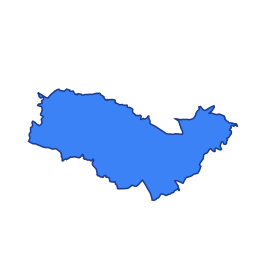 Marovoay, Boeny, Madagascar, rotated 208°
{"feature_id": "10022922B7387017022835", "entity_name": "Marovoay", "entity_type": "district", "adm_level": 2, "iso_a3": "MDG", "parent_name": "Madagascar", "parent_adm1": "Boeny", "projection": "orthographic", "projection_center": [46.607, -16.229], "detail": "fine", "context": "isolated", "style": "filled", "palette": "blue", "viewbox_px": 256, "rotation_deg": 208, "n_neighbors": 0, "source": "geoboundaries", "source_scale": "gbopen_adm2", "svg_char_len": 5747}
<svg xmlns="http://www.w3.org/2000/svg" viewBox="0 0 256 256"><g transform="rotate(208 128 128)"><path d="M223.7,117.0L223.7,116.3L223.5,116.1L222.1,115.5L221.9,114.7L221.3,114.1L219.6,113.5L219.0,113.5L218.3,114.9L217.9,115.2L217.2,115.1L216.4,114.3L216.1,113.5L216.6,112.3L217.0,111.9L217.0,111.1L215.8,110.1L215.5,109.5L216.9,108.0L217.9,107.4L218.4,106.3L218.2,105.5L216.3,105.8L214.8,106.3L213.8,105.7L212.6,104.5L211.9,102.0L211.6,98.8L211.4,98.5L211.2,98.4L208.2,98.2L208.2,97.5L208.7,95.6L208.5,94.6L206.5,92.6L206.4,91.2L206.6,90.2L207.1,88.7L207.5,88.3L208.9,88.6L209.6,88.4L212.7,89.3L215.2,89.4L215.4,88.8L215.2,87.7L213.3,85.2L213.3,84.1L214.1,83.0L214.1,82.3L213.3,81.0L212.8,79.9L212.0,78.7L212.4,77.2L212.3,76.2L211.5,74.7L210.3,73.8L209.8,73.2L209.6,70.6L209.4,70.4L209.5,69.6L208.6,69.4L204.3,69.5L203.0,70.3L201.6,70.6L198.3,70.9L196.9,71.2L196.2,71.1L193.3,71.5L191.4,72.1L189.5,73.2L187.9,73.6L185.1,73.8L182.9,75.1L182.2,75.8L181.5,75.9L177.0,75.2L175.7,74.7L175.3,74.1L174.8,73.9L173.7,72.3L173.7,71.8L172.6,70.8L171.8,70.4L171.5,69.4L171.0,68.9L170.9,68.4L170.5,68.1L169.7,68.9L169.7,69.7L169.3,70.5L168.9,70.7L168.4,71.5L167.5,71.3L167.3,72.0L166.5,72.6L166.4,72.8L166.6,73.1L165.9,73.7L165.4,74.8L165.3,75.4L164.6,75.5L163.5,76.1L161.5,77.7L160.7,77.7L159.9,78.1L157.8,78.5L157.1,78.9L156.4,79.8L155.9,82.2L155.8,83.0L155.5,83.4L155.1,83.2L154.5,82.6L154.2,81.7L153.3,81.6L153.1,81.4L153.0,80.4L151.7,80.0L150.2,80.9L149.8,80.6L148.7,80.7L147.4,81.4L146.9,81.8L145.8,81.4L145.2,81.9L144.7,82.0L144.5,83.6L144.1,84.1L143.0,83.0L142.9,82.6L143.2,80.9L142.5,79.3L141.4,78.5L137.1,77.0L135.2,75.2L134.3,73.9L133.7,73.6L133.7,72.5L133.0,72.0L132.1,71.7L130.9,72.3L130.5,72.0L130.1,72.1L129.4,71.9L127.1,72.7L126.7,73.1L126.8,74.1L126.3,74.9L125.4,75.5L124.8,74.6L124.3,74.3L122.4,75.0L121.3,75.1L118.8,72.3L115.9,73.2L114.7,73.9L114.1,74.5L113.6,73.7L113.2,73.4L113.0,72.9L112.2,72.5L111.2,72.3L110.5,71.9L110.0,71.0L109.4,70.5L109.0,69.8L108.7,69.6L108.3,69.6L101.8,73.3L100.1,74.5L99.2,75.5L98.8,76.7L98.2,77.6L97.6,79.4L94.5,79.9L93.2,80.6L92.2,82.9L90.8,88.8L85.2,85.7L83.7,84.6L78.3,81.3L76.7,80.0L75.3,78.6L74.0,77.2L72.8,75.6L71.9,76.2L71.0,76.5L70.4,77.1L69.7,78.4L69.6,79.0L68.9,80.2L68.3,80.8L68.0,82.3L68.1,83.9L68.0,84.7L67.5,85.3L66.8,85.8L65.4,86.1L62.8,86.2L60.9,88.5L59.8,89.5L59.1,90.9L57.8,92.2L57.5,92.8L57.5,94.3L55.9,96.7L55.8,97.7L55.1,97.6L54.0,96.8L53.6,96.7L53.5,96.9L53.5,97.3L53.7,97.6L55.0,98.5L56.5,100.4L59.7,102.1L61.8,103.4L61.0,104.0L59.9,104.5L53.5,105.0L53.5,108.9L53.4,111.2L53.1,111.8L50.3,114.5L49.2,115.9L48.8,116.8L48.7,117.3L48.2,118.1L45.2,120.8L45.0,123.8L45.2,125.7L45.5,126.9L45.6,128.3L46.1,128.6L47.1,128.6L47.7,129.5L47.8,131.3L47.1,136.1L48.5,139.8L48.5,140.4L48.1,141.2L46.4,143.3L46.0,147.2L45.8,148.2L45.5,148.5L44.6,148.4L42.5,147.6L40.6,147.7L40.2,148.4L41.3,150.2L41.2,150.9L41.0,151.3L40.3,151.7L39.6,151.6L37.0,151.8L36.0,152.2L35.5,152.7L35.5,153.2L35.7,153.4L37.8,154.9L38.3,155.6L38.5,157.6L38.9,159.2L38.6,160.0L37.7,160.2L37.1,159.9L35.9,158.8L35.4,158.8L34.2,159.5L33.9,159.9L33.8,160.7L34.6,162.2L34.7,164.5L35.5,164.9L35.7,165.3L35.7,165.7L34.6,166.8L34.5,169.3L34.1,171.2L35.0,173.4L35.9,174.0L36.4,174.0L36.9,173.7L37.3,173.9L37.6,174.8L37.1,175.7L37.0,176.7L37.2,177.1L37.8,177.5L37.9,178.0L37.6,178.9L36.7,179.2L35.4,179.2L34.3,181.0L33.8,181.2L32.5,180.8L32.3,181.0L34.0,182.4L34.4,182.5L35.3,182.1L36.3,181.3L37.1,181.5L37.7,181.2L38.3,181.3L38.9,180.8L39.5,180.9L40.5,180.1L41.7,180.1L42.9,180.7L44.0,180.5L44.7,180.6L45.5,181.1L46.5,181.1L47.0,182.5L48.3,183.3L48.7,183.7L53.4,183.3L54.2,183.1L55.2,182.1L56.4,181.2L60.3,180.5L61.6,180.5L62.8,179.1L63.4,179.0L63.3,179.7L62.8,180.3L62.3,181.2L61.8,183.7L61.6,186.9L61.9,187.4L62.5,187.9L64.0,186.3L65.2,184.4L66.3,182.8L67.3,180.8L68.3,179.7L69.2,179.4L70.4,179.5L71.8,180.0L74.1,181.1L75.4,179.9L75.3,179.6L74.3,178.9L74.1,177.7L74.1,177.1L74.8,175.3L74.8,172.5L74.4,171.0L74.4,168.8L74.7,167.5L75.3,166.3L77.6,164.2L80.2,163.2L82.3,161.9L83.5,161.5L85.3,160.1L89.9,158.7L90.5,158.3L86.5,158.0L83.4,154.8L82.3,154.0L81.1,152.6L78.7,151.0L77.5,149.5L77.1,147.9L83.0,145.4L85.5,143.4L88.3,142.3L90.6,141.1L92.2,141.0L92.9,141.2L105.3,142.3L110.3,142.1L111.0,142.7L111.4,143.5L111.4,143.9L112.0,144.6L113.8,146.0L114.7,147.3L115.2,148.3L115.6,148.2L115.9,147.7L116.1,145.4L117.3,143.8L117.6,143.6L118.9,143.7L119.6,142.7L119.6,142.2L120.2,142.2L120.9,141.7L121.3,142.2L121.5,143.6L121.9,144.6L122.5,144.9L123.4,144.9L124.7,143.8L125.8,143.4L127.1,142.7L128.8,143.5L130.6,143.7L131.0,143.9L131.8,144.7L132.5,146.6L133.1,147.0L136.2,147.0L137.3,146.3L138.2,146.1L138.5,146.3L139.2,147.6L139.7,147.7L140.4,147.2L141.6,146.7L142.3,146.1L143.2,145.9L144.1,146.1L146.2,144.6L146.7,144.5L148.1,144.6L149.9,144.5L150.9,144.1L151.1,144.2L151.2,144.9L152.0,145.6L152.3,146.3L152.6,146.6L153.2,146.5L154.8,146.0L157.7,144.4L158.4,143.8L159.0,142.9L159.5,142.8L159.7,143.3L160.1,143.0L160.4,142.5L160.9,142.3L161.8,142.4L162.4,143.0L163.3,143.2L163.4,143.4L163.5,144.1L164.0,144.1L164.7,143.9L165.2,144.5L165.6,144.6L166.2,144.4L167.5,144.6L168.0,144.7L168.4,145.2L168.7,145.3L169.9,145.2L170.4,144.5L171.7,144.1L173.0,143.1L174.1,141.9L175.8,140.6L177.6,139.8L179.5,138.5L181.4,137.6L182.4,136.6L183.9,135.5L184.3,135.5L185.0,135.9L187.3,135.2L188.4,134.6L188.3,133.7L189.3,133.7L189.8,133.0L190.2,133.0L190.6,133.3L191.2,133.2L192.1,133.7L192.6,133.9L193.3,134.8L194.0,134.8L195.7,133.5L196.4,133.2L197.1,133.7L197.2,134.1L200.5,133.5L201.4,130.9L201.6,130.5L202.1,130.3L203.6,130.0L205.3,129.2L207.2,129.8L208.4,128.7L209.0,127.9L209.4,126.6L210.1,126.2L210.2,125.3L211.5,122.3L212.1,120.2L212.6,118.3L212.4,117.7L213.0,116.9L214.8,116.4L223.7,117.0Z" fill="#3b82f6" stroke="#1e3a8a" stroke-width="1.5"/></g></svg>